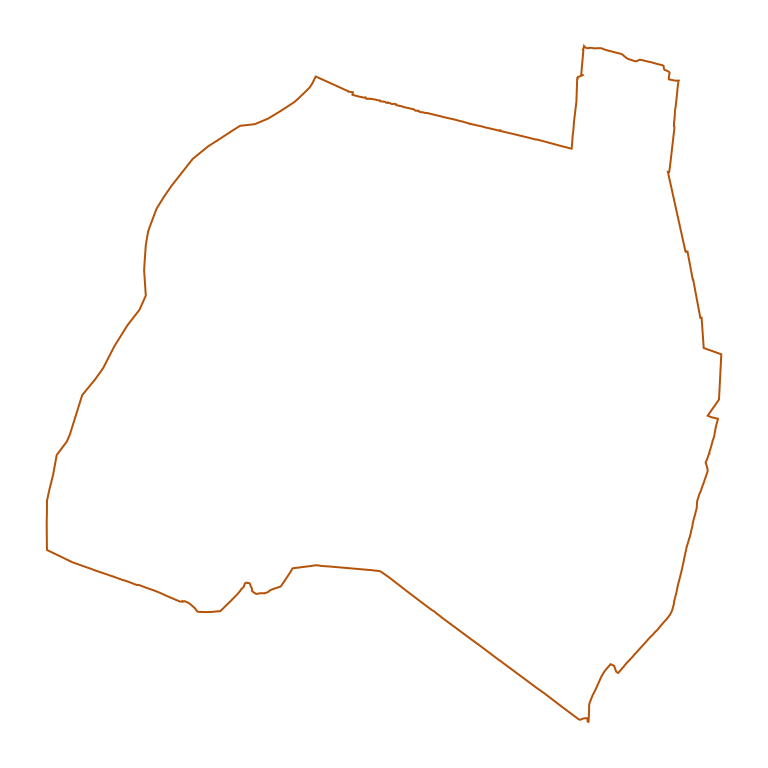 outline of Daeni, Tulcea, Romania
{"feature_id": "2599482B15451384622174", "entity_name": "Daeni", "entity_type": "district", "adm_level": 2, "iso_a3": "ROU", "parent_name": "Romania", "parent_adm1": "Tulcea", "projection": "orthographic", "projection_center": [28.176, 44.832], "detail": "fine", "context": "isolated", "style": "outline", "palette": "amber", "viewbox_px": 768, "rotation_deg": 0, "n_neighbors": 0, "source": "geoboundaries", "source_scale": "gbopen_adm2", "svg_char_len": 5934}
<svg xmlns="http://www.w3.org/2000/svg" viewBox="0 0 768 768"><path d="M47.0,550.0L72.7,562.4L90.3,568.6L97.3,571.2L103.6,573.3L115.3,577.3L122.4,579.9L126.9,581.2L137.0,585.1L138.2,584.8L139.6,585.2L146.9,588.0L153.6,590.3L158.2,592.1L163.0,594.2L165.8,595.5L170.0,597.3L173.2,598.7L179.8,601.5L181.0,601.7L182.6,601.0L183.0,601.7L184.7,601.2L188.4,602.8L190.8,604.6L195.0,608.3L197.1,611.4L198.1,611.8L205.5,612.1L212.2,611.9L217.3,611.3L219.4,611.4L220.8,610.7L231.5,600.2L237.2,594.4L240.1,591.0L241.2,589.2L241.4,589.2L243.8,586.7L244.9,583.5L245.3,583.2L246.0,582.8L246.9,582.6L247.4,583.0L248.9,583.1L249.7,583.4L250.2,584.3L250.6,586.0L251.8,588.2L252.0,589.7L251.9,590.7L253.3,592.2L255.8,593.7L256.4,593.9L260.7,593.2L262.3,593.2L264.4,593.4L265.3,592.8L266.4,592.8L268.9,591.5L269.3,590.8L270.0,590.4L270.4,590.2L271.3,589.7L280.7,586.5L281.0,586.1L283.5,582.5L290.4,572.1L292.5,568.4L293.6,568.2L293.8,568.1L297.2,567.7L297.9,567.7L302.7,567.0L310.1,566.1L316.4,565.2L319.5,565.6L319.9,565.7L321.6,566.0L329.6,566.5L362.7,569.4L371.0,570.1L379.5,571.1L380.8,571.6L389.0,577.3L406.5,590.9L424.3,604.4L431.7,609.9L433.1,610.8L434.0,611.2L436.4,613.3L440.4,616.3L441.2,617.1L450.2,623.8L451.0,624.1L451.1,624.4L475.1,642.2L479.7,645.5L498.8,659.9L499.0,660.1L499.5,660.3L536.9,688.1L544.2,693.2L561.4,706.4L578.4,719.1L579.3,719.6L580.2,719.7L581.0,719.5L582.3,718.8L584.5,718.3L587.3,718.2L587.5,718.3L587.5,721.2L588.2,721.8L588.4,721.9L588.6,721.1L589.1,710.7L589.1,705.9L589.4,703.5L592.4,695.8L596.3,688.0L601.2,676.9L604.6,671.1L610.6,664.2L614.1,665.8L616.2,671.7L618.1,673.0L623.5,666.9L626.0,663.7L632.7,656.7L634.0,655.0L643.7,644.4L650.0,637.3L652.8,634.7L655.3,631.8L657.4,629.9L660.2,626.4L663.2,622.8L667.2,618.5L669.9,614.8L671.1,612.7L672.1,610.4L673.9,603.9L674.0,601.9L676.4,592.6L677.1,589.1L677.8,585.5L678.6,582.5L681.2,572.4L683.5,562.1L684.3,557.9L685.0,554.6L685.3,553.8L685.3,553.2L685.9,550.8L686.8,546.3L687.5,544.4L689.3,538.2L690.0,536.3L690.8,532.8L691.3,530.2L691.7,528.9L692.4,526.0L692.7,523.7L693.4,520.5L695.0,514.8L696.2,510.0L696.8,507.9L696.8,505.7L697.0,504.9L696.9,503.4L697.3,500.5L697.5,500.0L698.9,495.7L699.1,494.8L700.9,490.7L702.4,486.2L703.6,483.2L705.0,478.9L705.7,477.0L707.0,473.2L707.6,471.6L707.6,470.0L707.4,468.3L706.9,466.6L706.4,464.9L705.6,462.6L706.8,460.0L707.6,457.9L708.3,455.6L708.5,455.3L708.6,454.7L708.8,454.2L709.1,453.8L709.5,453.6L709.2,452.8L709.4,452.1L710.9,447.4L712.8,440.3L713.3,439.0L713.9,437.4L714.4,435.4L714.7,433.1L715.9,426.8L716.4,424.6L717.6,420.4L717.9,419.3L717.9,418.7L711.7,417.3L707.7,415.7L719.0,399.5L721.3,354.3L703.7,348.0L701.6,317.6L700.3,317.8L693.2,279.7L692.8,279.7L687.5,251.6L686.0,251.9L685.8,251.0L685.4,251.1L667.9,172.0L668.8,172.2L669.1,172.1L669.2,171.7L670.0,166.4L674.4,128.1L674.4,126.8L674.0,126.5L673.9,126.1L674.0,124.8L674.0,123.1L674.2,120.9L674.5,119.0L674.8,114.7L675.0,110.5L675.9,104.7L677.3,91.3L677.5,88.2L678.3,82.3L678.5,81.2L678.7,80.7L675.3,80.7L668.8,79.3L668.8,78.4L668.8,78.2L668.8,77.8L669.0,76.0L669.4,74.2L669.5,73.3L669.5,72.5L668.3,71.4L667.2,70.8L666.2,70.5L664.5,69.8L664.2,69.1L663.9,68.1L663.7,67.3L663.6,66.0L663.1,65.6L662.6,65.3L661.1,64.8L660.1,64.7L656.7,63.8L653.7,63.0L652.2,62.5L647.2,61.4L644.2,60.6L640.4,59.8L639.5,59.8L639.0,60.0L637.4,60.8L636.4,61.2L635.9,61.3L635.1,61.2L634.3,61.0L631.1,59.9L628.6,59.1L627.9,58.8L627.0,58.3L624.5,56.4L622.8,54.9L622.2,54.4L621.3,54.0L618.6,53.2L616.7,52.8L611.8,51.5L608.9,50.8L604.5,49.5L603.5,49.1L602.8,48.7L600.8,48.2L597.2,48.2L594.6,48.4L591.7,47.9L590.3,47.8L589.1,48.0L587.9,48.2L586.8,48.1L586.2,47.9L585.5,47.5L585.0,47.1L584.5,46.6L584.3,46.4L584.2,46.4L584.0,46.1L583.6,47.7L583.6,48.1L582.8,49.7L583.4,50.1L581.2,74.8L582.3,74.8L582.7,75.1L579.9,76.4L577.9,76.9L577.6,78.6L577.2,78.5L576.4,101.6L574.0,121.6L573.4,129.6L573.1,132.6L572.7,135.0L572.1,143.8L571.6,148.7L570.5,148.4L569.0,148.1L567.1,147.5L562.5,146.4L555.2,144.4L539.6,140.2L537.0,139.6L534.4,139.2L528.3,137.6L522.0,136.1L517.5,135.0L504.7,132.0L499.7,130.8L500.0,130.3L497.4,130.3L496.7,129.9L495.6,129.8L494.9,129.7L494.1,129.4L492.1,129.0L489.0,128.2L486.4,127.7L483.2,126.8L480.5,126.1L475.6,125.1L474.8,124.8L473.5,124.6L471.4,124.1L469.9,123.7L469.9,123.9L466.1,122.6L462.2,121.5L457.9,120.5L454.9,119.6L449.5,118.4L447.3,118.0L446.5,117.7L443.9,117.2L439.7,116.0L435.5,115.1L433.7,114.6L427.1,113.0L424.8,112.9L423.5,112.4L422.9,112.3L421.8,112.2L420.8,112.2L419.0,111.5L418.7,111.2L418.5,110.7L417.8,110.9L417.0,110.8L416.6,110.6L416.1,110.7L415.4,110.7L415.1,110.5L413.7,109.2L413.2,109.2L403.1,106.9L401.4,106.1L400.0,106.0L399.4,106.0L399.3,105.9L399.1,105.7L398.2,105.6L397.8,105.5L396.3,105.1L396.4,104.6L396.3,104.4L396.1,104.3L395.5,104.2L395.3,104.0L394.9,103.9L393.7,103.9L392.9,104.0L392.1,104.1L391.7,104.0L389.7,103.0L388.5,102.9L388.3,102.5L387.8,102.4L387.6,102.7L387.3,102.9L385.9,102.6L385.6,102.1L385.0,101.8L383.8,101.7L382.9,101.5L380.3,101.3L380.1,101.2L379.9,101.0L379.9,100.5L377.8,100.2L376.0,99.8L375.3,99.5L373.1,99.3L372.7,99.2L372.1,98.9L370.3,99.0L369.9,98.8L369.5,98.8L369.0,98.6L368.5,98.7L367.4,98.9L367.1,98.9L366.7,98.8L366.4,98.5L366.1,98.5L365.9,98.4L365.5,97.8L365.6,97.5L365.5,97.4L365.4,97.3L364.7,97.6L363.1,97.5L361.3,97.0L359.4,96.7L356.1,95.8L352.5,94.9L352.9,92.3L351.2,92.1L348.3,91.5L348.4,91.3L344.8,89.7L334.1,84.8L315.7,76.5L312.1,83.8L309.5,87.7L305.4,91.7L298.9,98.0L294.3,102.1L281.1,110.7L268.6,118.3L267.4,118.9L254.7,124.2L240.1,125.8L233.1,130.2L219.6,139.0L216.4,141.1L208.3,146.2L192.6,159.0L171.6,185.7L164.2,196.4L156.9,208.1L156.4,209.1L149.9,226.4L148.1,231.5L145.8,245.2L144.7,260.5L144.2,268.7L144.1,270.2L145.8,295.6L140.7,307.1L139.4,309.9L133.4,317.6L127.5,325.2L114.4,346.2L103.2,368.0L100.0,372.6L94.8,379.8L82.2,395.1L69.8,434.7L66.8,441.6L56.7,455.0L53.1,474.9L49.5,489.2L47.0,500.6L46.9,513.1L46.7,523.9L46.9,546.1L47.0,550.0Z" fill="none" stroke="#b45309" stroke-width="2"/></svg>